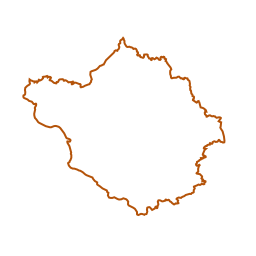 the district of Dak Rlap, Đắk Nông, Vietnam, rotated 74°
{"feature_id": "81297802B2917427008212", "entity_name": "Dak Rlap", "entity_type": "district", "adm_level": 2, "iso_a3": "VNM", "parent_name": "Vietnam", "parent_adm1": "Đắk Nông", "projection": "albers", "projection_center": [107.508, 11.9], "detail": "fine", "context": "isolated", "style": "outline", "palette": "amber", "viewbox_px": 256, "rotation_deg": 74, "n_neighbors": 0, "source": "geoboundaries", "source_scale": "gbopen_adm2", "svg_char_len": 5709}
<svg xmlns="http://www.w3.org/2000/svg" viewBox="0 0 256 256"><g transform="rotate(74 128 128)"><path d="M215.9,136.2L215.6,135.8L215.8,134.0L215.6,133.8L213.7,132.5L211.7,132.3L211.1,131.9L210.5,131.8L209.9,131.4L209.8,130.8L209.9,129.4L210.5,128.7L213.4,127.4L212.8,124.5L211.3,123.2L211.3,122.9L211.6,122.6L212.8,122.6L213.0,122.4L213.0,122.0L211.8,121.2L210.9,121.1L210.2,120.1L209.6,119.8L207.1,119.7L206.0,118.8L206.0,118.1L206.6,116.8L207.8,115.6L208.1,114.8L208.1,112.3L207.3,111.8L207.2,111.3L208.2,110.5L208.2,108.8L208.7,108.3L210.0,108.0L210.9,107.0L212.3,106.3L214.1,104.9L214.2,104.4L213.6,103.0L214.1,101.9L214.2,100.3L213.8,100.2L213.2,100.6L212.7,100.6L211.5,99.8L209.6,100.9L209.0,100.1L208.8,98.4L209.8,96.3L209.4,95.6L209.1,94.1L209.0,92.8L208.3,90.9L208.3,86.8L208.8,85.6L208.1,84.5L208.1,83.1L207.8,82.5L205.8,81.9L204.5,80.5L203.9,80.5L203.0,80.9L202.5,80.8L202.2,77.8L201.8,75.8L202.6,74.5L202.5,73.8L202.0,72.7L203.0,70.7L202.9,70.1L201.8,69.7L201.1,68.3L200.6,68.2L200.0,68.9L199.8,71.3L199.3,71.2L198.5,70.1L198.0,70.2L197.4,71.0L196.7,71.3L195.5,70.2L194.8,70.2L192.2,71.6L190.8,74.4L190.5,74.6L190.2,74.4L189.3,72.5L186.7,71.9L184.2,70.4L183.5,69.4L183.1,69.5L183.1,69.8L183.3,72.1L182.7,72.6L181.5,72.6L180.7,71.4L179.6,71.0L179.2,69.0L178.5,68.1L178.4,66.7L178.1,66.3L177.0,66.2L177.2,65.5L178.0,64.8L177.8,64.2L176.9,63.6L177.6,62.6L177.3,61.3L176.7,61.2L175.3,62.5L175.0,63.2L174.3,63.5L173.8,63.3L170.2,60.4L169.5,58.9L168.8,60.5L168.3,60.7L167.7,60.3L166.8,58.5L167.0,57.2L166.3,56.6L166.2,56.1L166.5,53.9L165.3,53.6L165.1,53.3L166.2,52.0L166.3,51.4L166.0,51.0L164.9,50.5L164.6,49.0L164.7,48.4L165.6,47.5L165.8,45.8L165.5,45.2L164.5,44.1L164.5,43.8L165.0,43.4L166.7,42.9L167.4,41.5L168.2,40.7L168.3,39.4L166.9,38.8L162.6,38.1L157.3,38.0L154.1,39.0L152.9,39.1L152.3,38.6L148.2,36.9L147.5,38.0L146.5,39.0L144.4,36.2L143.8,36.0L143.2,36.6L142.8,37.5L142.6,40.0L141.8,40.7L140.8,41.2L140.7,41.8L140.1,42.4L140.0,43.8L139.7,44.4L138.4,45.7L138.3,46.9L138.9,49.1L138.7,49.4L137.8,49.2L136.0,50.2L135.0,50.1L134.5,50.0L134.3,49.5L133.3,49.2L133.8,48.2L132.8,48.2L132.0,48.4L130.2,49.7L129.3,50.6L128.2,52.5L122.9,52.4L122.1,52.9L121.6,52.8L121.6,53.7L122.4,54.5L122.5,55.1L119.1,57.9L118.3,57.6L118.1,56.7L116.4,56.0L115.8,56.2L115.2,57.2L113.6,56.9L112.4,57.6L109.6,57.2L108.5,57.7L108.0,57.4L106.8,57.3L105.9,56.6L104.1,57.0L102.8,56.3L99.9,56.0L99.4,56.1L98.4,57.0L96.7,57.2L96.5,58.1L95.4,59.4L95.5,60.3L96.5,60.8L96.5,61.1L95.7,62.2L94.9,62.6L94.8,63.6L92.7,64.8L92.5,66.0L93.0,67.5L92.3,70.4L92.3,72.1L92.0,72.5L91.3,72.7L89.4,72.4L88.1,72.6L85.9,72.1L84.6,71.6L83.5,70.2L81.6,70.4L77.2,72.2L76.7,72.2L76.4,72.5L74.5,72.8L74.0,73.4L72.9,72.7L72.1,73.3L71.9,72.8L70.8,73.7L69.7,73.6L69.3,74.2L69.7,75.1L68.8,76.1L68.8,76.7L69.4,77.4L71.0,77.6L71.4,78.4L71.0,79.3L69.1,80.2L68.2,81.2L68.3,81.6L68.9,82.1L69.2,83.6L67.6,85.0L67.5,85.9L69.0,86.4L69.1,86.8L68.7,87.2L67.5,87.4L66.9,88.6L65.8,88.7L64.8,89.2L63.1,88.9L62.5,89.5L61.9,92.2L62.5,92.6L63.8,92.9L64.3,93.3L64.7,93.9L64.5,94.6L63.6,95.6L63.4,96.3L62.7,96.7L61.4,96.5L61.2,96.7L61.2,98.3L60.7,98.9L60.0,99.0L59.1,97.8L58.5,97.6L57.9,97.6L57.1,98.4L55.9,98.1L54.3,98.5L53.6,99.3L53.5,101.0L52.5,101.3L51.4,102.4L51.1,103.3L50.3,104.1L50.0,106.1L49.6,106.7L49.0,107.1L46.1,107.9L44.9,107.9L43.3,107.4L41.9,107.7L40.8,107.6L40.1,107.9L41.3,109.4L41.4,110.3L41.9,111.3L42.6,111.7L44.2,112.0L44.5,112.2L44.7,113.5L45.5,114.1L47.7,114.0L48.5,114.4L49.7,115.4L50.1,116.6L50.8,117.0L50.0,118.4L50.3,119.7L51.1,120.2L51.8,121.1L56.8,130.5L60.3,133.9L60.2,135.1L60.6,136.0L60.6,137.9L62.5,140.9L63.2,143.1L63.4,147.5L63.8,148.6L66.5,149.6L71.3,149.4L72.3,150.4L73.5,150.8L74.4,152.1L75.3,153.0L75.2,153.7L75.5,157.7L76.0,159.6L75.9,162.0L75.3,162.3L73.3,161.6L72.7,161.8L72.1,163.0L70.1,165.6L69.6,167.0L70.3,168.1L70.6,169.2L70.5,169.9L70.1,170.0L69.8,169.8L68.7,168.1L68.2,168.2L68.3,169.9L67.8,171.5L67.7,172.7L66.4,173.4L65.0,174.7L64.8,175.3L65.0,176.5L64.8,176.7L63.6,176.8L63.1,177.4L62.8,178.5L62.5,180.2L62.7,181.0L64.4,182.5L64.5,183.1L64.2,183.9L65.3,184.6L65.2,185.0L64.1,186.8L61.5,188.5L60.5,190.1L59.9,189.9L58.5,188.2L58.0,188.3L57.5,188.7L57.2,189.3L57.1,190.2L56.4,190.8L57.2,191.1L57.3,191.4L56.1,191.6L55.7,191.9L55.8,193.5L55.4,195.3L55.5,195.8L56.8,196.0L57.8,197.8L58.1,199.7L57.1,200.2L57.0,200.4L58.4,201.5L59.2,202.8L58.1,202.9L57.8,203.4L58.4,205.3L57.4,205.2L56.9,206.5L56.0,207.4L55.6,208.2L54.2,209.2L55.9,209.9L58.3,210.0L59.1,210.8L59.7,213.1L61.0,215.6L63.1,216.6L65.1,216.8L67.2,217.6L67.6,218.1L67.9,219.5L69.2,220.0L70.0,219.9L70.6,219.5L72.9,216.7L74.7,215.6L76.2,213.2L78.9,212.1L79.2,211.6L79.2,209.9L79.5,209.7L80.2,209.8L81.3,210.3L81.6,210.9L83.1,212.1L84.5,212.1L88.4,214.2L90.0,214.6L92.6,214.7L94.6,213.7L97.6,212.7L98.5,212.0L103.6,206.5L105.8,202.8L106.1,201.7L105.8,198.5L106.0,197.3L106.4,196.3L107.8,194.2L109.4,193.1L115.5,190.8L120.4,190.0L121.1,189.5L122.3,187.7L123.3,186.7L124.1,186.7L125.0,187.5L125.0,188.0L124.2,189.6L124.2,190.0L124.6,190.2L125.8,190.2L129.3,189.3L135.9,189.4L137.1,190.1L138.3,189.9L141.0,190.7L143.0,192.2L143.7,193.1L144.6,193.6L145.0,195.0L145.3,195.3L147.8,195.2L150.3,194.1L151.8,192.3L152.3,190.7L154.0,188.2L155.3,186.9L156.0,185.6L158.0,183.7L160.8,181.9L161.9,180.9L165.8,175.8L167.2,175.6L169.8,174.5L171.8,172.6L173.4,173.2L174.1,173.0L176.0,171.3L179.1,169.1L182.2,165.6L183.9,165.6L184.8,164.7L187.3,165.9L189.6,165.4L190.3,164.3L190.9,162.4L190.8,160.3L193.4,157.6L194.3,156.3L194.7,154.0L194.3,151.9L195.8,149.6L196.7,148.9L198.7,148.1L201.3,149.0L202.6,148.7L205.9,145.1L207.5,143.7L208.6,143.3L211.2,142.5L213.3,143.1L213.9,142.9L214.5,142.0L214.1,139.2L214.7,137.8L215.9,136.2Z" fill="none" stroke="#b45309" stroke-width="2"/></g></svg>